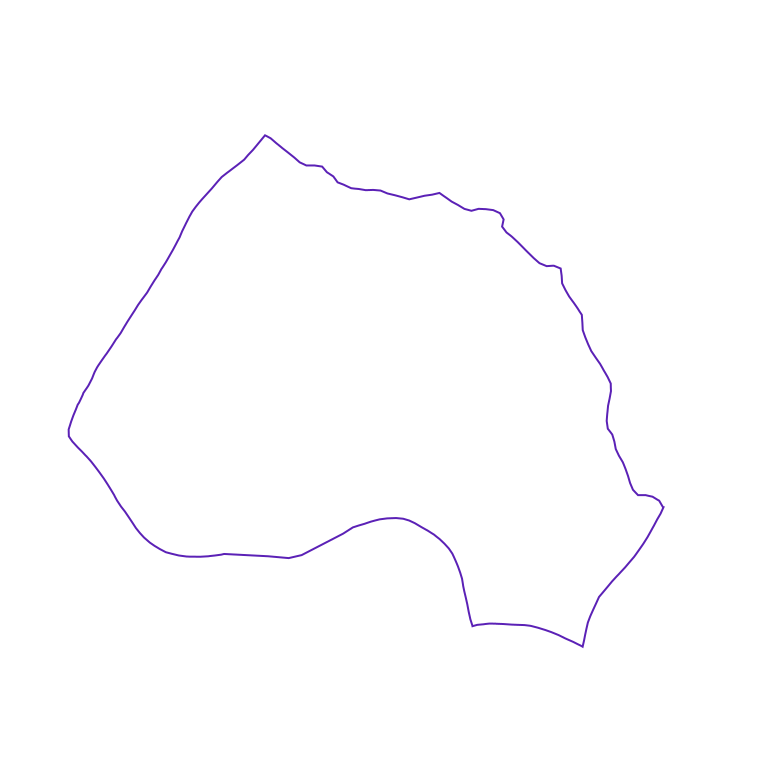 Hajar, Hadramawt, Yemen (Mercator projection), rotated 192°
{"feature_id": "15242507B42870689355247", "entity_name": "Hajar", "entity_type": "district", "adm_level": 2, "iso_a3": "YEM", "parent_name": "Yemen", "parent_adm1": "Hadramawt", "projection": "mercator", "projection_center": [48.314, 14.515], "detail": "fine", "context": "isolated", "style": "outline", "palette": "violet", "viewbox_px": 768, "rotation_deg": 192, "n_neighbors": 0, "source": "geoboundaries", "source_scale": "gbopen_adm2", "svg_char_len": 4580}
<svg xmlns="http://www.w3.org/2000/svg" viewBox="0 0 768 768"><g transform="rotate(192 384 384)"><path d="M247.1,165.5L245.2,166.5L242.7,167.8L236.6,169.7L235.0,170.3L231.0,171.6L224.8,172.8L224.4,172.8L217.6,174.0L210.5,175.0L209.1,175.2L203.2,176.2L196.5,177.4L190.9,177.9L190.0,177.9L189.3,177.9L182.7,177.6L175.0,176.9L168.8,176.1L161.0,174.7L154.0,172.9L151.7,172.4L145.4,171.1L140.5,169.8L137.2,169.0L135.1,168.3L135.0,174.6L135.1,180.7L135.1,183.3L135.1,186.7L135.0,193.0L134.0,199.5L133.5,201.9L132.4,207.0L130.8,214.0L130.7,214.5L129.4,220.4L126.5,225.8L123.2,232.0L119.9,238.3L116.6,243.9L114.6,247.1L113.5,249.0L110.0,254.8L107.1,260.2L103.4,267.0L102.2,269.7L100.0,274.8L97.8,280.0L97.1,281.7L94.4,289.0L92.6,294.8L91.0,300.1L90.6,301.3L90.1,303.1L88.6,308.4L86.5,314.7L85.0,321.6L85.6,321.6L90.6,327.1L92.3,327.6L97.9,329.6L102.0,329.6L105.1,329.7L108.6,328.9L112.4,328.1L114.9,329.8L118.5,332.3L122.7,338.3L125.5,343.5L126.2,344.8L130.0,351.0L132.8,355.2L134.2,357.2L139.3,362.7L143.8,368.6L146.2,374.4L146.7,375.6L148.6,379.1L150.2,382.0L151.9,383.5L155.8,386.8L156.6,389.0L158.5,394.2L159.4,401.0L159.5,402.0L159.6,403.1L160.3,409.3L160.3,416.8L160.5,423.5L160.5,424.2L161.4,427.7L162.3,431.6L164.0,433.8L166.7,437.3L170.2,441.2L171.8,442.9L173.6,445.0L176.8,448.6L179.3,450.9L182.5,453.9L188.1,459.3L190.7,462.8L192.5,465.2L196.8,471.5L200.8,478.0L202.7,485.2L204.9,492.8L207.5,495.3L210.0,497.9L212.5,500.3L215.5,503.1L216.3,503.8L217.0,504.4L221.1,508.1L224.6,512.0L226.1,513.7L230.7,519.5L232.7,526.7L235.0,533.1L235.2,533.7L242.4,535.0L243.8,534.7L249.4,533.1L256.4,534.4L257.0,534.5L258.8,535.5L263.6,538.2L270.2,542.4L273.0,544.2L276.3,546.4L280.1,548.9L282.7,550.6L287.2,553.3L289.2,554.5L290.9,555.4L295.7,557.7L298.9,560.5L301.2,562.5L301.2,569.8L301.6,570.3L306.1,575.2L313.3,576.8L320.7,576.2L326.1,575.3L327.9,575.0L334.5,571.6L337.7,571.8L341.7,572.0L347.2,573.9L348.9,574.5L350.3,574.9L355.8,576.5L360.8,578.7L362.7,579.5L364.4,580.2L369.5,582.4L376.3,579.2L383.4,576.6L390.8,573.1L397.7,569.9L405.0,570.5L412.4,570.9L420.3,571.1L427.6,572.5L434.9,571.6L436.9,571.1L442.1,569.8L449.3,569.5L453.4,569.0L456.8,568.7L462.5,570.0L464.1,570.4L465.0,570.6L471.3,571.6L476.7,576.5L483.9,579.3L489.7,583.8L497.6,583.3L504.6,581.8L505.4,581.6L507.4,582.1L512.6,583.3L513.6,583.9L518.9,586.9L526.1,590.5L532.9,593.8L533.2,594.0L539.5,597.2L546.0,600.8L550.1,602.0L552.1,602.5L560.8,585.8L564.5,579.8L567.4,574.4L570.3,570.9L571.8,569.1L573.3,567.3L576.6,563.5L580.2,559.3L581.2,558.2L585.8,552.7L588.6,547.8L589.1,546.9L593.1,539.4L596.6,533.4L600.4,526.9L602.6,522.9L604.1,519.9L605.0,518.1L607.4,512.8L608.6,508.9L609.1,507.4L609.7,505.1L611.1,499.9L611.5,498.2L613.2,491.5L614.1,486.7L614.4,485.0L615.7,480.7L616.4,478.1L618.3,471.5L620.5,464.6L621.7,460.8L622.8,457.5L624.9,451.9L625.7,450.0L625.8,449.6L627.5,443.9L629.3,439.4L630.0,437.7L632.5,430.8L634.7,424.2L637.6,417.9L638.5,416.0L641.0,410.2L643.2,404.0L643.6,403.0L645.7,397.5L647.9,391.7L650.0,385.7L652.2,379.0L654.5,373.8L655.4,372.0L656.7,368.5L658.3,364.2L661.6,356.1L662.6,354.0L665.2,347.9L667.0,343.5L667.1,343.3L668.1,340.6L669.5,335.7L670.0,333.0L670.7,328.7L672.8,321.0L674.1,317.7L674.3,317.3L676.2,312.7L676.4,310.9L676.6,310.0L677.5,306.0L678.3,302.8L678.4,302.3L679.3,300.1L679.7,297.5L680.1,295.1L680.3,293.9L680.4,293.6L680.6,292.4L681.3,288.7L682.0,283.6L682.2,282.2L682.5,278.9L683.0,274.0L682.0,269.8L681.5,267.8L681.4,267.3L678.2,264.2L676.8,262.9L671.2,258.9L670.2,258.2L665.7,255.3L661.1,252.1L659.8,251.3L659.7,251.2L654.5,247.4L648.9,242.7L644.1,238.5L638.4,233.3L635.0,229.9L633.7,228.6L628.9,223.6L624.8,219.2L623.9,218.0L620.8,214.4L615.8,209.5L613.9,207.9L610.9,205.4L605.8,200.5L600.9,195.7L596.7,191.5L591.8,187.5L586.9,184.0L585.5,183.2L580.1,180.2L574.6,177.9L573.1,177.4L568.8,175.9L568.4,175.8L562.4,174.1L556.2,173.8L555.9,173.8L549.1,173.6L541.3,174.2L538.3,174.7L534.8,175.4L532.4,175.9L527.9,176.8L519.9,179.0L518.6,179.5L513.7,181.1L507.8,183.2L505.1,184.5L461.6,191.4L441.0,193.9L429.0,199.5L392.9,229.1L384.6,237.3L383.0,238.2L379.2,240.4L373.8,243.3L372.5,244.1L368.1,246.7L364.2,248.7L360.1,250.7L356.4,252.0L353.0,253.2L344.3,255.4L337.2,256.2L331.0,255.7L325.0,254.3L317.3,251.7L310.3,249.5L306.6,248.1L303.8,247.1L301.1,245.7L297.4,243.9L291.7,240.4L286.4,236.6L281.9,232.3L279.7,229.4L277.3,226.1L275.4,223.4L273.7,220.9L270.3,215.4L267.2,209.8L266.1,207.0L264.9,203.9L264.6,203.0L262.4,198.0L260.5,194.0L259.7,192.3L256.8,186.0L253.7,178.6L252.0,174.9L250.6,171.8L247.4,166.2L247.1,165.5Z" fill="none" stroke="#5b21b6" stroke-width="2"/></g></svg>